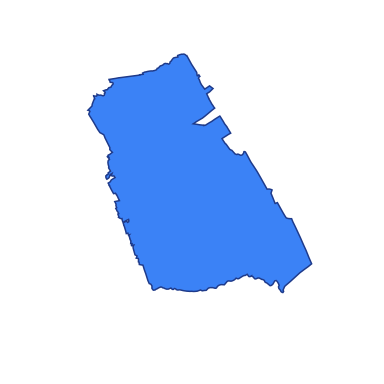 Temoac, Morelos, Mexico (orthographic projection), rotated 221°
{"feature_id": "50627088B73739880826437", "entity_name": "Temoac", "entity_type": "district", "adm_level": 2, "iso_a3": "MEX", "parent_name": "Mexico", "parent_adm1": "Morelos", "projection": "orthographic", "projection_center": [-98.785, 18.76], "detail": "fine", "context": "isolated", "style": "filled", "palette": "blue", "viewbox_px": 384, "rotation_deg": 221, "n_neighbors": 0, "source": "geoboundaries", "source_scale": "gbopen_adm2", "svg_char_len": 6071}
<svg xmlns="http://www.w3.org/2000/svg" viewBox="0 0 384 384"><g transform="rotate(221 192 192)"><path d="M54.6,216.3L60.9,219.3L67.3,222.6L72.8,225.1L80.4,228.7L90.3,233.1L91.9,233.8L96.2,235.6L99.3,237.2L100.9,235.9L102.2,235.0L103.8,234.3L104.0,234.3L106.5,235.0L109.5,236.0L114.0,237.6L120.6,240.0L121.7,237.9L122.3,238.0L122.6,238.3L127.8,241.0L131.6,242.9L132.9,246.1L133.1,246.1L134.2,245.7L135.7,244.9L137.2,243.4L145.0,246.2L149.2,247.7L155.2,249.8L157.4,250.5L162.7,252.0L166.8,253.1L169.3,254.0L174.4,256.0L177.8,257.2L178.4,257.2L178.8,257.0L179.2,256.7L179.2,256.2L178.7,255.5L178.5,254.5L178.4,253.4L178.7,252.4L179.4,251.6L181.0,251.2L182.3,250.7L182.7,249.7L184.4,249.0L187.7,249.4L189.2,249.6L190.4,249.2L191.5,249.0L196.9,250.3L198.0,250.5L198.5,250.3L202.2,251.3L204.4,252.0L203.3,255.9L203.2,256.1L202.4,259.0L201.4,261.8L207.7,263.8L208.3,264.1L212.0,264.8L214.8,265.8L220.7,267.6L220.8,267.6L221.4,265.7L222.6,261.7L223.0,260.0L223.5,258.0L224.3,255.8L225.7,251.2L226.6,250.0L226.7,249.9L226.9,250.3L227.2,250.1L227.9,249.4L230.2,247.8L232.7,246.3L233.7,245.6L235.8,244.3L235.4,245.7L234.8,248.1L234.3,249.6L232.6,254.6L232.0,257.7L231.0,264.0L230.5,267.1L230.1,269.2L229.9,270.2L232.0,270.6L232.6,270.9L234.8,271.4L238.3,272.7L239.7,273.1L240.7,273.5L240.7,273.8L240.9,273.8L241.3,273.9L243.0,274.7L245.4,275.8L244.4,279.1L244.0,283.9L248.4,283.6L249.0,281.2L249.9,278.0L255.1,279.1L257.4,280.0L260.1,281.5L260.9,281.8L261.7,282.0L261.9,282.5L262.1,283.5L261.9,284.4L263.7,284.9L263.9,283.5L264.4,283.2L267.0,285.4L276.2,288.1L285.3,291.5L285.4,291.2L287.4,291.2L288.6,290.8L289.4,289.9L290.4,289.0L291.3,287.6L292.4,285.6L291.2,284.6L293.0,282.4L293.9,281.0L293.9,278.9L293.6,277.2L293.9,276.1L293.7,275.4L293.4,275.1L293.2,274.6L293.2,273.8L293.6,273.1L294.7,272.8L295.5,272.1L296.3,271.7L296.8,271.1L297.1,270.6L297.4,268.5L297.9,267.5L298.4,266.8L298.8,265.6L298.7,265.1L298.7,264.3L298.7,263.6L299.4,262.4L299.2,261.9L299.0,261.1L299.3,260.3L300.1,258.9L300.6,258.3L301.2,257.4L302.0,256.8L302.9,255.9L304.4,254.1L305.0,253.3L305.4,252.6L306.3,251.6L307.3,249.4L306.1,248.8L308.4,246.2L308.1,246.0L320.6,231.9L322.4,229.9L324.2,227.6L328.5,222.5L327.6,222.0L327.0,222.0L325.7,221.1L323.7,222.5L322.8,222.3L322.4,221.6L322.3,221.2L322.5,220.9L322.4,220.5L322.4,220.2L322.3,219.0L321.9,218.4L322.2,217.9L322.4,217.2L322.9,216.7L323.2,216.2L323.2,214.7L323.0,214.1L323.1,213.7L323.3,213.2L323.6,213.1L323.9,212.8L324.2,212.2L325.2,210.4L324.6,210.4L323.9,210.2L323.4,210.4L322.9,210.2L322.6,209.8L322.7,208.8L322.0,208.2L321.7,207.4L322.1,206.4L322.7,206.0L324.5,205.3L325.2,204.4L325.9,204.1L326.3,203.7L327.0,203.7L327.2,203.4L327.8,203.4L327.6,203.1L327.2,202.8L326.9,201.8L327.8,201.0L328.5,200.5L329.0,200.3L329.4,200.1L329.0,199.7L327.7,199.3L327.2,198.6L326.5,198.5L326.6,197.6L326.4,196.9L324.9,192.8L323.9,191.3L324.2,185.4L322.8,186.0L322.0,185.9L321.0,183.0L319.1,182.3L316.1,181.4L312.0,180.1L304.3,177.4L300.4,176.4L298.3,176.9L296.3,177.3L295.6,177.1L293.0,175.7L283.1,171.6L281.8,170.0L278.1,169.7L278.9,165.8L279.4,165.1L279.2,164.9L279.2,164.0L279.1,163.1L277.7,162.9L277.7,163.7L277.2,163.6L276.9,163.3L276.2,162.5L275.6,162.3L275.9,161.3L275.7,160.4L274.8,159.1L273.8,158.2L273.6,158.0L271.7,156.7L271.1,156.3L270.8,155.5L267.2,154.3L267.8,151.6L267.8,151.4L267.3,151.4L267.0,150.4L267.0,150.0L267.4,149.5L267.5,149.1L267.3,149.0L267.6,147.6L266.4,146.4L265.0,145.8L264.6,145.8L264.1,147.4L264.0,148.3L264.6,150.3L265.1,150.7L264.9,152.2L264.5,153.5L264.2,152.7L264.5,152.3L264.4,151.9L264.5,151.4L264.4,151.3L262.7,151.7L261.5,152.9L259.5,152.4L260.2,150.4L260.3,149.9L260.6,149.0L260.8,148.3L260.8,147.9L260.4,146.1L261.1,143.7L258.4,142.7L258.5,142.5L258.4,142.5L254.6,140.9L250.1,139.3L248.9,140.9L247.2,140.3L247.1,140.5L243.7,139.0L242.0,138.2L241.9,138.3L241.1,137.9L244.0,134.1L241.4,133.0L240.7,132.1L240.3,131.7L238.5,130.7L238.8,129.6L238.1,129.3L237.6,129.3L236.2,128.5L235.6,128.5L235.3,128.4L235.1,128.4L233.1,127.6L233.5,126.8L233.2,126.5L230.9,125.3L230.9,124.7L229.8,124.8L228.5,125.1L227.9,125.4L227.5,125.8L227.4,126.0L227.2,125.9L226.4,125.1L224.6,124.0L224.0,123.8L223.0,127.2L221.9,129.7L221.0,129.1L220.3,128.0L220.7,126.8L222.3,127.1L223.8,123.7L223.0,123.0L222.3,122.7L221.5,122.0L220.8,121.8L216.5,119.1L214.3,117.5L213.4,118.9L211.8,117.9L211.2,118.7L211.2,118.1L210.9,117.7L210.8,117.8L208.0,115.8L207.9,115.9L206.1,114.8L205.9,114.9L204.4,112.8L203.4,113.7L202.5,111.8L202.4,111.8L201.5,113.3L201.1,113.8L200.7,112.1L199.4,110.9L193.8,107.2L191.5,107.7L191.1,106.8L190.7,105.5L188.9,106.6L188.2,106.1L186.6,104.1L185.9,104.3L184.2,102.7L181.0,104.6L176.9,102.0L173.3,100.0L167.3,96.3L164.2,94.8L162.7,95.4L160.7,94.9L158.9,92.9L156.8,92.5L155.6,93.8L155.4,95.0L154.9,95.9L154.6,96.7L154.4,97.6L154.0,98.4L153.2,99.9L152.3,100.4L151.2,100.5L150.2,101.1L149.2,101.3L147.5,102.0L146.2,103.1L145.4,104.7L144.9,105.7L143.0,105.6L142.2,106.2L141.9,107.7L140.7,108.2L139.8,108.0L138.4,108.7L137.6,109.6L137.0,110.2L135.7,110.9L134.5,111.5L133.3,112.2L131.1,113.6L128.3,115.7L127.3,116.7L125.5,118.0L124.0,119.5L122.9,120.7L121.3,123.6L119.5,124.1L117.8,126.1L117.0,126.8L116.7,127.3L116.7,128.0L116.6,130.1L115.9,131.3L115.3,132.0L113.5,133.5L111.6,134.4L110.9,135.0L110.6,135.6L110.8,137.2L110.8,138.0L110.4,139.5L109.3,141.2L106.7,143.2L106.8,147.7L106.1,148.9L104.6,149.9L103.9,150.5L103.3,151.4L102.7,152.7L102.3,153.9L102.2,155.9L100.9,156.3L99.9,157.2L98.8,160.9L98.1,162.8L97.0,164.1L96.4,166.1L93.7,165.5L92.7,166.1L92.1,167.8L91.9,167.5L91.4,167.7L90.8,168.0L90.2,168.0L89.4,167.8L87.5,167.7L87.1,168.0L86.6,168.7L85.8,170.4L84.5,171.3L82.9,171.6L81.8,171.9L81.3,172.3L80.4,172.6L79.3,172.7L78.5,172.2L77.4,171.9L76.1,172.4L73.5,172.5L71.7,172.5L71.3,172.8L70.7,173.8L70.5,176.1L70.8,176.9L71.2,179.3L70.4,180.4L69.6,180.4L68.5,180.2L66.7,179.6L65.0,178.7L64.5,177.1L63.0,176.1L61.9,176.0L60.9,175.8L59.4,175.2L57.9,175.4L57.4,175.9L57.7,177.2L58.9,177.7L60.1,181.5L60.0,182.8L59.0,189.5L57.6,201.8L56.5,207.0L55.3,212.1L54.6,216.3Z" fill="#3b82f6" stroke="#1e3a8a" stroke-width="1.5"/></g></svg>